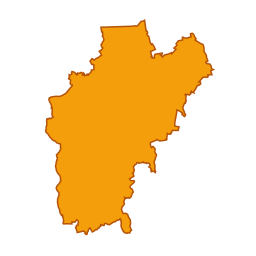 Majagual, Sucre, Colombia, rotated 183°
{"feature_id": "7082276B64459562998455", "entity_name": "Majagual", "entity_type": "district", "adm_level": 2, "iso_a3": "COL", "parent_name": "Colombia", "parent_adm1": "Sucre", "projection": "natural_earth1", "projection_center": [-74.68, 8.557], "detail": "fine", "context": "isolated", "style": "filled", "palette": "amber", "viewbox_px": 256, "rotation_deg": 183, "n_neighbors": 0, "source": "geoboundaries", "source_scale": "gbopen_adm2", "svg_char_len": 5839}
<svg xmlns="http://www.w3.org/2000/svg" viewBox="0 0 256 256"><g transform="rotate(183 128 128)"><path d="M187.9,29.4L187.0,28.7L185.9,29.1L179.3,29.3L179.1,29.3L179.3,30.0L179.0,31.3L178.4,30.8L177.4,31.3L176.1,31.2L174.3,33.7L172.9,32.6L172.6,30.6L173.0,29.9L172.7,28.5L173.9,28.3L174.4,28.0L174.6,26.2L175.1,26.0L173.3,21.6L173.3,21.0L168.4,22.3L167.3,22.9L165.1,21.6L165.0,21.4L165.5,20.5L164.5,19.6L163.9,19.5L163.2,20.1L163.1,22.1L162.4,22.8L162.3,24.1L161.0,26.1L160.6,26.0L158.2,22.3L156.0,23.7L155.1,24.8L153.6,24.8L152.5,26.6L151.7,26.7L151.3,27.6L149.9,28.7L150.4,29.6L150.2,30.2L147.1,29.3L146.7,29.5L146.6,30.7L146.2,31.3L144.9,31.5L142.8,30.5L141.4,30.5L137.7,33.2L136.9,33.6L136.0,33.6L134.1,35.4L132.4,35.5L131.1,37.0L130.2,35.4L130.0,34.0L129.9,34.1L129.7,32.5L129.9,30.7L129.6,29.0L128.3,26.2L127.2,25.0L127.4,24.7L126.0,23.3L125.3,23.1L123.3,22.9L123.3,23.1L121.8,23.3L120.7,23.3L120.6,24.0L120.1,25.3L119.1,26.0L120.7,29.2L121.0,30.2L120.4,32.4L120.9,36.3L123.0,39.4L123.8,41.6L125.4,42.6L126.4,42.6L127.5,42.3L128.2,42.4L129.3,44.1L130.3,46.5L129.7,48.9L128.3,50.6L127.6,52.4L128.4,53.9L127.6,56.7L127.6,57.8L127.8,58.5L126.7,58.3L126.8,57.5L126.4,57.9L125.6,57.8L123.9,58.6L123.5,58.1L122.6,58.1L121.2,59.7L120.3,63.3L119.4,64.1L119.6,65.1L120.6,67.0L121.0,67.4L122.6,68.3L123.0,69.5L122.5,70.6L119.5,73.5L118.9,74.5L118.8,75.2L119.1,75.6L119.7,75.8L122.0,75.4L122.8,75.9L123.9,77.2L119.6,80.2L119.8,80.9L120.2,81.4L120.3,82.4L121.1,83.0L119.9,84.3L119.5,86.5L120.3,88.3L120.4,89.5L120.2,90.1L119.3,91.4L117.7,92.6L117.3,93.9L116.4,94.0L115.6,93.4L113.0,94.0L111.1,94.7L111.3,94.2L109.2,94.1L107.4,93.6L107.3,94.1L105.3,94.0L105.1,93.9L104.0,92.1L105.1,90.2L103.6,89.4L102.4,87.7L102.9,87.3L102.8,86.2L102.4,85.5L100.0,86.3L98.5,84.9L98.1,85.8L98.9,87.4L99.2,92.5L100.3,95.4L99.4,97.5L98.8,100.6L98.1,102.0L98.6,103.5L99.1,104.1L99.4,104.1L99.7,104.8L100.0,106.2L99.8,108.6L102.1,110.9L103.5,109.7L104.7,111.9L104.9,114.6L98.4,117.7L98.4,118.0L95.9,116.8L93.7,117.0L89.1,118.0L88.5,119.0L89.2,119.4L88.6,121.1L88.5,124.6L86.9,124.0L85.5,124.0L85.2,124.9L84.6,124.8L83.7,127.9L77.8,128.2L77.1,131.8L81.3,132.3L81.6,135.5L80.3,145.1L80.1,148.6L77.4,147.6L74.2,145.6L74.9,144.6L72.4,142.4L71.8,142.8L71.3,143.8L71.3,144.7L72.1,145.0L72.5,146.8L74.1,150.2L74.3,151.0L74.1,152.2L73.0,155.4L72.2,156.7L71.9,156.3L71.3,158.5L71.8,159.1L71.7,163.3L72.7,164.2L72.2,164.7L71.2,164.1L70.5,164.8L68.5,164.1L66.9,165.8L67.3,166.8L66.8,168.0L65.9,167.1L64.0,166.5L64.4,167.4L63.1,169.7L62.9,169.7L61.0,173.9L58.9,174.7L58.9,175.0L57.8,175.7L57.9,177.4L58.2,177.8L58.6,178.0L59.5,177.8L55.8,182.5L51.1,183.0L50.6,184.1L51.1,185.2L47.0,185.6L48.4,189.4L45.8,190.8L47.6,191.5L48.2,194.2L49.7,196.2L52.2,196.3L53.1,196.8L53.6,197.4L53.7,198.1L53.5,198.5L51.9,198.6L51.9,199.6L52.7,201.5L53.4,202.5L53.3,203.7L53.9,205.4L54.4,205.8L56.0,208.4L56.4,212.4L57.2,214.8L57.8,215.5L59.5,216.0L65.6,219.3L65.2,220.3L64.7,220.6L66.6,223.3L67.3,224.9L68.5,225.9L69.5,225.8L70.6,225.3L69.8,222.4L74.4,220.7L76.6,221.0L77.7,221.5L78.5,221.4L78.0,218.8L82.3,217.7L84.4,214.7L83.5,213.0L86.3,210.3L84.2,209.2L88.2,204.3L88.6,205.5L91.4,204.0L95.5,202.8L97.1,200.8L99.3,202.4L98.0,202.8L97.7,204.6L104.8,203.1L105.4,201.7L105.3,199.3L107.5,199.3L107.7,200.5L108.5,200.2L108.6,200.7L108.1,201.3L109.5,205.5L104.8,207.9L106.2,210.7L108.0,213.1L108.3,213.4L108.8,212.6L110.2,214.2L111.9,220.0L112.4,220.9L112.9,220.9L114.2,222.9L113.5,223.5L113.5,224.7L114.2,225.9L114.4,226.1L115.0,225.9L117.1,236.5L118.6,235.4L120.4,235.2L124.2,230.2L126.6,230.4L129.6,229.8L160.3,227.2L159.3,222.5L158.4,222.5L158.1,219.3L158.5,218.4L157.7,217.7L156.6,214.7L157.0,213.8L157.9,212.7L158.6,210.2L159.1,210.2L159.2,209.3L158.6,207.7L157.3,206.6L158.7,204.3L159.4,204.2L160.8,203.0L159.2,201.2L158.3,199.1L159.3,198.6L161.3,196.9L163.3,195.9L164.5,194.7L165.6,194.2L166.1,194.1L166.9,195.3L167.6,195.4L169.4,192.8L169.3,192.4L168.7,191.9L168.3,190.8L167.4,189.6L167.1,189.5L166.4,189.8L165.3,189.1L165.2,188.2L165.4,187.1L165.0,184.7L166.3,184.0L167.5,184.1L167.5,183.1L168.2,181.6L168.8,180.7L170.0,179.9L170.4,178.6L170.8,178.6L171.6,179.6L172.4,178.5L173.3,178.5L173.9,178.0L174.5,179.8L175.2,180.4L175.3,179.2L175.1,178.9L175.8,178.8L175.9,178.4L176.1,178.5L175.5,179.7L176.2,179.7L176.0,180.2L176.5,180.1L177.0,181.0L177.9,181.0L179.8,180.0L180.9,179.8L181.5,179.2L181.7,178.3L182.1,178.5L181.1,179.9L181.2,180.2L182.4,178.9L184.5,180.9L186.9,181.5L187.3,180.7L187.0,178.7L189.0,177.8L189.5,178.1L189.4,176.4L188.9,176.0L189.0,175.4L189.8,174.7L189.9,174.0L188.6,173.6L188.1,173.2L187.8,172.6L188.1,169.5L187.8,168.8L187.0,168.2L185.9,168.1L185.8,167.9L186.4,166.6L188.3,164.3L190.1,161.6L190.5,161.5L190.7,160.7L191.8,159.4L196.0,156.7L198.4,155.9L201.5,155.9L205.3,155.2L206.9,154.7L207.2,154.1L208.0,154.1L208.3,153.7L208.5,152.4L208.0,150.7L206.4,148.2L205.5,146.0L205.2,144.9L205.6,144.7L205.5,143.7L204.9,144.0L204.6,143.5L204.7,137.8L204.6,137.1L203.4,135.2L204.0,135.1L204.6,134.1L205.5,133.4L206.1,133.3L206.3,133.6L207.3,133.6L207.9,132.8L208.4,132.7L208.9,133.1L209.6,132.5L209.6,129.6L209.3,129.0L209.2,126.6L209.8,125.4L209.7,122.1L210.2,121.1L209.9,120.6L209.7,119.6L207.5,117.7L205.0,114.2L204.2,113.7L203.4,112.7L201.7,111.5L200.9,111.4L199.6,110.8L198.4,109.5L196.2,108.7L194.9,108.7L194.5,107.9L194.4,104.6L194.1,104.3L194.2,103.3L195.4,100.5L196.4,99.6L197.3,97.8L198.0,97.7L197.6,95.4L197.0,94.7L196.9,94.0L197.4,92.2L197.3,91.6L197.8,90.9L198.0,88.3L198.4,86.1L197.7,83.8L197.4,82.1L195.9,79.3L193.6,76.9L192.6,74.1L192.8,73.5L192.4,71.6L192.6,71.6L192.9,71.1L193.1,69.9L195.9,66.3L196.4,65.0L196.5,63.9L195.9,62.5L193.3,59.2L193.5,57.3L194.6,53.3L194.5,49.9L193.6,46.1L192.0,42.6L191.5,39.9L190.0,37.5L189.6,37.2L188.9,37.7L188.5,36.6L188.8,36.4L187.8,33.9L187.4,31.8L187.9,29.4Z" fill="#f59e0b" stroke="#b45309" stroke-width="1.5"/></g></svg>